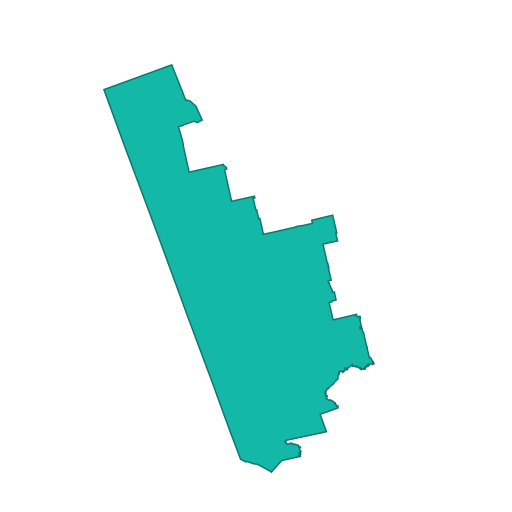 West Wimmera, Victoria, Australia (Mercator projection), rotated 340°
{"feature_id": "25037944B702157588032", "entity_name": "West Wimmera", "entity_type": "district", "adm_level": 2, "iso_a3": "AUS", "parent_name": "Australia", "parent_adm1": "Victoria", "projection": "mercator", "projection_center": [141.548, -36.599], "detail": "fine", "context": "isolated", "style": "filled", "palette": "teal", "viewbox_px": 512, "rotation_deg": 340, "n_neighbors": 0, "source": "geoboundaries", "source_scale": "gbopen_adm2", "svg_char_len": 5814}
<svg xmlns="http://www.w3.org/2000/svg" viewBox="0 0 512 512"><g transform="rotate(340 256 256)"><path d="M262.1,445.2L262.1,426.7L281.8,426.8L281.6,426.7L281.5,426.4L281.5,425.8L281.3,425.5L281.5,425.1L281.2,425.1L280.5,424.9L280.5,424.4L280.5,424.2L280.8,423.8L280.7,423.5L280.4,423.4L280.2,423.0L279.3,422.7L279.2,422.6L279.4,422.1L279.6,422.0L279.9,422.2L280.1,422.0L280.3,421.3L280.2,421.2L279.7,420.9L279.6,420.4L279.3,419.9L278.9,419.7L278.9,419.1L278.3,418.8L278.1,418.3L277.9,418.0L277.7,417.6L277.2,417.7L276.8,417.4L276.7,416.9L276.5,416.5L275.4,416.7L275.3,416.3L274.7,415.9L274.6,415.7L274.1,415.2L274.2,414.8L274.0,414.7L273.8,414.3L273.5,414.2L273.8,413.5L273.7,413.3L274.8,412.4L275.0,412.1L274.9,411.8L274.9,411.4L274.6,411.2L274.4,411.1L274.3,411.3L274.3,411.7L274.1,411.9L273.8,411.8L273.6,411.3L273.8,410.6L273.9,410.1L274.7,409.5L274.8,409.2L274.8,408.6L274.7,408.5L274.2,408.4L273.8,408.4L274.0,407.9L273.9,407.7L274.1,407.5L274.6,407.1L274.8,407.0L275.1,407.3L275.6,407.0L276.1,406.4L276.8,406.0L277.1,405.6L277.2,405.1L277.6,405.0L277.8,405.5L278.7,405.4L278.9,405.2L279.0,405.0L279.2,404.8L280.1,404.5L280.3,404.2L281.3,403.7L282.0,403.8L282.3,403.3L283.4,402.9L283.8,403.1L284.3,403.1L284.5,402.9L285.5,402.2L285.9,402.1L286.8,401.3L287.5,401.0L287.9,400.7L288.6,400.7L288.8,400.1L289.1,400.3L289.7,399.9L290.6,399.7L290.9,399.1L291.2,399.2L291.3,399.0L291.2,398.3L292.0,397.3L292.2,396.8L292.4,396.7L292.6,396.1L293.0,395.7L293.3,395.7L293.4,395.4L293.8,395.3L294.1,395.1L294.1,394.8L293.9,394.5L294.2,394.5L294.4,394.3L294.5,394.1L294.3,393.9L294.4,393.7L294.3,393.4L294.7,393.1L295.1,393.0L295.7,393.4L296.5,393.5L297.1,393.7L297.7,394.2L297.7,394.4L297.6,394.5L298.0,394.8L298.0,395.1L298.4,394.9L298.3,394.2L298.5,393.7L299.0,393.7L299.3,394.2L299.6,394.4L300.0,394.1L301.0,392.1L301.5,391.6L301.8,391.8L301.8,392.5L301.8,393.4L302.0,393.8L302.6,394.1L303.1,394.1L303.3,393.9L303.3,393.5L303.1,393.1L303.1,392.7L303.9,392.9L304.2,392.6L304.9,392.5L305.2,392.3L305.8,392.3L306.3,392.2L306.7,391.8L307.2,391.9L307.7,391.7L308.5,391.6L309.2,390.9L309.5,390.8L309.6,391.2L309.5,391.4L309.2,391.8L308.9,391.9L308.7,392.1L309.1,392.3L309.3,392.7L309.3,393.0L310.1,393.2L310.5,393.1L311.0,393.2L311.3,393.4L311.3,393.6L311.4,393.9L311.8,394.4L312.0,394.4L312.3,393.8L312.7,394.1L312.5,394.4L312.9,394.7L313.1,394.0L313.4,394.0L313.7,394.8L314.6,396.3L314.9,396.5L315.3,396.4L315.5,396.4L315.4,396.7L315.0,397.0L315.3,397.4L315.3,397.7L315.4,397.9L316.1,397.8L315.9,398.2L316.0,398.8L316.5,398.9L317.6,398.5L317.9,398.5L318.0,398.7L318.0,398.9L318.2,399.1L318.4,399.2L318.5,399.1L318.5,398.7L319.1,398.7L319.2,399.2L319.8,399.7L320.2,399.5L320.3,399.3L320.4,398.6L320.3,398.4L320.7,398.2L321.1,398.2L321.1,397.9L320.7,398.0L320.4,397.9L320.6,397.4L321.1,397.2L321.8,397.6L322.4,397.7L322.6,398.0L323.5,398.0L323.5,397.8L323.5,397.3L323.4,397.2L323.1,397.1L323.1,396.9L322.9,396.8L322.9,396.5L323.2,396.4L323.6,396.4L324.1,396.1L324.3,396.2L324.2,396.5L324.4,396.7L324.1,397.1L324.7,397.2L324.9,397.4L325.1,397.4L324.9,396.9L325.2,396.5L325.3,396.0L325.6,396.2L326.7,396.3L326.9,396.6L327.3,396.4L327.6,396.7L327.7,397.1L328.2,397.1L328.3,397.6L329.0,397.5L329.4,397.8L329.9,397.7L329.6,397.1L329.1,396.9L329.2,396.0L329.4,395.8L329.6,395.9L329.9,396.9L330.1,396.6L329.7,395.5L330.0,395.2L329.6,394.8L329.3,393.9L329.3,393.3L328.9,392.6L329.1,391.8L328.8,390.6L327.8,390.0L328.7,381.7L328.8,381.2L329.0,381.0L329.1,380.2L329.4,379.7L329.1,378.8L329.1,378.6L330.9,364.5L330.3,364.4L330.8,360.2L328.8,360.0L329.1,358.7L330.8,358.9L331.9,350.5L332.8,350.6L333.1,348.4L331.8,348.3L331.9,347.8L330.7,347.7L329.5,346.4L330.6,345.3L330.5,345.2L306.6,342.4L308.8,324.7L311.7,325.0L311.8,324.2L316.2,324.7L317.3,316.6L315.5,316.4L315.7,314.2L315.9,314.2L315.4,308.5L315.6,306.4L315.1,306.4L315.3,304.0L318.4,304.4L319.9,291.9L320.4,292.1L320.9,287.7L320.5,287.8L323.0,267.8L337.8,269.7L338.7,261.9L339.8,262.1L342.0,243.9L320.6,241.4L320.2,244.7L310.7,243.4L305.1,242.2L301.9,242.2L270.4,238.2L272.5,222.1L271.2,222.0L272.4,212.9L271.6,212.8L272.7,204.1L272.9,200.8L274.8,201.0L275.0,199.3L257.0,196.9L255.7,196.7L255.6,196.8L251.8,196.3L256.0,164.1L258.2,164.3L258.3,162.5L257.1,160.5L256.5,160.2L256.7,158.8L221.8,154.3L225.3,128.1L226.2,124.1L227.0,114.2L227.3,107.8L228.4,108.1L229.6,108.1L230.5,108.3L232.2,108.3L233.3,107.9L234.4,107.9L235.3,108.1L243.4,108.1L244.0,108.3L246.6,110.6L251.9,109.8L250.8,94.9L246.9,87.5L246.4,87.3L244.3,85.8L243.2,85.6L243.1,76.4L242.2,49.1L242.2,47.6L170.0,47.6L170.1,107.7L170.9,200.0L171.1,271.0L171.1,288.0L171.7,362.2L171.6,397.4L171.7,400.9L171.7,402.5L171.6,409.7L171.9,429.8L172.0,441.7L175.7,445.7L176.0,445.9L178.0,446.5L181.9,449.9L186.4,452.5L196.0,463.4L196.4,464.4L210.3,457.0L222.6,458.6L229.1,459.5L229.2,459.1L228.9,459.1L228.7,458.9L228.3,458.9L228.1,458.7L228.1,457.9L228.5,457.4L228.3,457.3L228.8,457.3L228.9,457.6L229.1,457.5L229.2,457.8L229.7,457.7L229.6,457.2L229.8,457.4L229.8,457.7L230.1,457.5L230.2,457.3L230.2,456.9L230.3,456.7L230.2,456.3L230.5,456.4L230.7,456.2L230.7,455.9L230.5,455.7L230.4,455.6L231.3,455.1L231.1,454.8L230.9,454.8L230.7,454.9L230.6,454.7L230.6,454.3L230.9,454.4L230.9,454.1L231.1,453.8L230.6,452.8L231.6,451.4L232.0,451.1L232.4,451.0L232.4,450.7L232.1,450.4L230.8,450.2L230.7,450.0L230.7,449.8L231.0,449.4L231.1,448.9L231.2,448.7L231.2,448.4L230.6,448.2L230.4,447.8L229.6,447.7L228.7,446.4L228.0,446.1L227.2,446.2L226.8,445.7L226.6,445.7L226.3,445.2L226.4,444.8L226.1,444.5L225.8,444.4L225.4,444.6L225.2,444.6L225.0,444.1L224.9,443.9L224.0,443.6L223.8,443.6L223.0,444.0L220.7,443.3L220.5,443.0L220.6,442.9L220.5,442.7L220.6,442.3L220.2,441.9L220.5,441.4L220.1,441.2L220.3,440.5L219.9,440.3L220.1,439.9L220.4,440.1L220.5,440.0L220.7,439.4L262.1,445.2Z" fill="#14b8a6" stroke="#0f766e" stroke-width="1.5"/></g></svg>